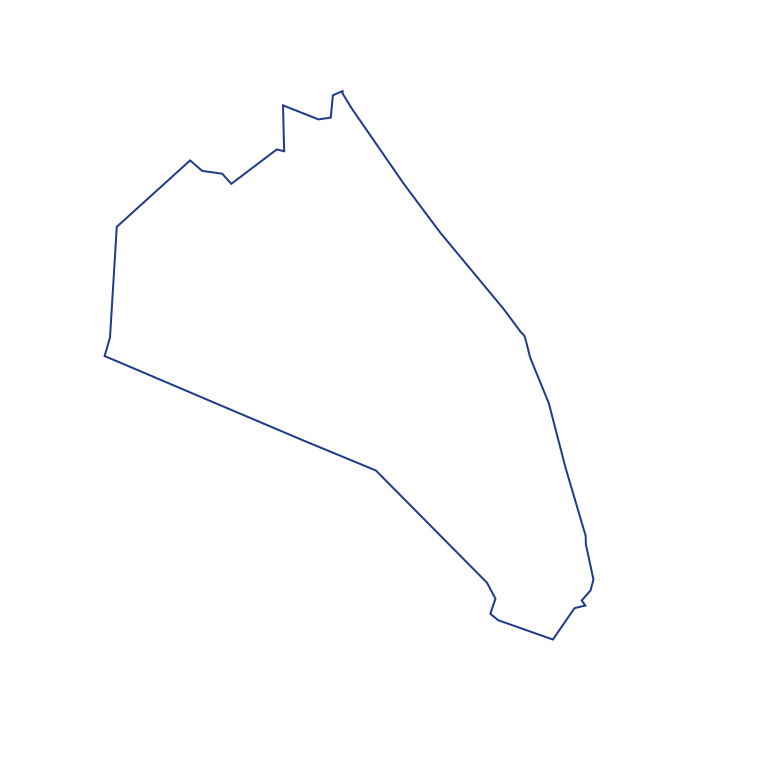 the district of Ocean, New Jersey, United States of America, rotated 315°
{"feature_id": "52423323B31448976404541", "entity_name": "Ocean", "entity_type": "district", "adm_level": 2, "iso_a3": "USA", "parent_name": "United States of America", "parent_adm1": "New Jersey", "projection": "albers", "projection_center": [-74.224, 39.835], "detail": "fine", "context": "isolated", "style": "outline", "palette": "blue", "viewbox_px": 768, "rotation_deg": 315, "n_neighbors": 0, "source": "geoboundaries", "source_scale": "gbopen_adm2", "svg_char_len": 740}
<svg xmlns="http://www.w3.org/2000/svg" viewBox="0 0 768 768"><g transform="rotate(315 384 384)"><path d="M369.7,683.0L370.7,676.9L384.1,676.0L393.8,670.4L413.3,640.2L419.2,634.0L453.2,571.5L486.9,514.2L506.1,468.5L514.4,454.7L516.1,451.7L517.2,449.3L517.5,448.6L517.4,444.3L521.6,415.7L530.8,316.8L534.1,293.7L539.6,256.0L552.4,186.1L556.3,164.9L560.3,148.8L561.8,147.9L561.4,147.4L552.0,143.7L539.3,154.2L534.8,158.0L524.8,150.6L509.6,115.6L478.0,148.8L474.0,142.3L417.6,134.5L418.3,120.9L406.1,104.7L405.0,88.8L306.2,83.9L223.1,157.4L206.2,166.7L237.8,245.0L244.3,261.2L286.8,366.4L317.1,439.4L316.3,597.3L311.0,614.6L296.7,621.7L297.7,631.8L322.7,684.1L360.2,677.2L369.7,683.0Z" fill="none" stroke="#1e3a8a" stroke-width="2"/></g></svg>